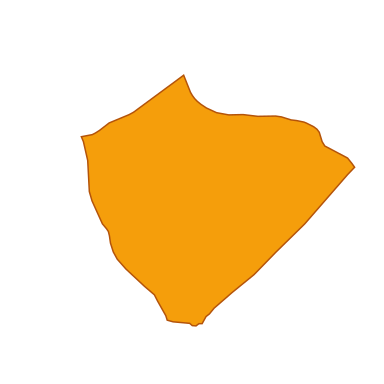 an SVG outline of Marowijne, rotated 123°
{"feature_id": "SUR-67", "entity_name": "Marowijne", "entity_type": "District", "adm_level": 1, "iso_a3": "SUR", "parent_name": "Suriname", "parent_adm1": "", "projection": "albers", "projection_center": [-54.373, 5.594], "detail": "fine", "context": "isolated", "style": "filled", "palette": "amber", "viewbox_px": 384, "rotation_deg": 123, "n_neighbors": 0, "source": "natural_earth", "source_scale": "10m", "svg_char_len": 926}
<svg xmlns="http://www.w3.org/2000/svg" viewBox="0 0 384 384"><g transform="rotate(123 192 192)"><path d="M253.9,271.0L247.6,278.3L222.4,296.6L208.9,310.5L205.9,314.9L205.7,314.7L198.2,306.9L195.3,305.2L190.7,303.1L179.2,299.1L161.4,286.9L157.0,284.5L98.6,262.6L109.2,247.6L110.9,244.2L112.2,240.8L113.1,236.9L113.6,232.5L113.7,225.7L112.1,214.6L107.3,203.1L99.3,191.4L92.7,178.0L82.8,163.3L80.3,157.9L77.6,148.2L75.1,143.1L72.4,136.2L71.9,133.7L71.0,125.4L71.3,121.4L72.6,117.8L78.9,110.3L81.1,105.7L78.8,80.0L81.1,73.1L82.7,69.1L92.7,71.0L157.4,80.1L196.9,88.9L227.6,95.0L254.4,103.6L277.4,110.2L284.8,111.0L288.8,112.4L296.9,111.8L298.7,114.5L302.1,115.7L303.9,119.0L303.4,122.4L311.2,137.2L313.0,143.0L310.0,146.6L302.3,161.3L298.7,167.6L297.0,180.4L292.6,205.4L289.1,218.0L285.1,225.4L279.3,232.5L273.7,237.4L270.7,240.6L269.4,243.6L267.5,249.8L253.9,271.0Z" fill="#f59e0b" stroke="#b45309" stroke-width="1.5"/></g></svg>